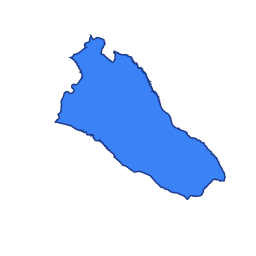 Porumbacu De Jos, Sibiu, Romania (Robinson projection), rotated 326°
{"feature_id": "2599482B59458077641346", "entity_name": "Porumbacu De Jos", "entity_type": "district", "adm_level": 2, "iso_a3": "ROU", "parent_name": "Romania", "parent_adm1": "Sibiu", "projection": "robinson", "projection_center": [24.517, 45.696], "detail": "fine", "context": "isolated", "style": "filled", "palette": "blue", "viewbox_px": 256, "rotation_deg": 326, "n_neighbors": 0, "source": "geoboundaries", "source_scale": "gbopen_adm2", "svg_char_len": 5781}
<svg xmlns="http://www.w3.org/2000/svg" viewBox="0 0 256 256"><g transform="rotate(326 128 128)"><path d="M146.3,222.8L150.1,224.6L152.0,224.6L155.0,222.7L156.0,221.4L158.4,220.9L158.9,220.3L159.8,220.8L163.7,219.6L165.4,219.6L165.9,219.1L167.2,219.3L168.1,218.7L169.6,218.3L171.8,219.3L172.2,220.3L173.0,220.5L174.2,221.6L174.6,223.5L176.2,224.0L177.9,225.5L179.1,224.9L179.4,224.0L180.8,223.4L182.7,218.8L182.7,215.7L183.3,213.5L183.1,212.5L183.5,208.9L184.2,207.1L183.8,206.1L184.4,204.4L184.2,203.1L184.9,202.2L184.1,201.5L184.3,200.7L183.8,198.7L184.1,197.7L183.3,197.3L183.2,196.5L182.7,196.0L183.5,195.4L183.7,194.3L183.0,193.1L182.9,191.1L182.1,189.9L182.6,188.0L182.3,187.2L182.5,186.4L181.9,185.3L182.5,182.7L182.3,182.4L181.8,182.3L180.7,181.0L180.6,180.4L180.8,180.0L180.4,178.1L178.7,177.0L178.6,175.2L177.7,174.3L177.7,173.8L177.0,173.1L175.7,172.4L175.5,171.8L174.9,171.6L174.6,171.0L174.2,169.7L174.3,169.0L173.2,167.6L173.6,166.9L173.3,166.3L174.2,165.4L173.8,165.0L173.9,164.7L173.9,163.7L169.6,157.8L170.2,157.1L170.1,156.7L168.9,156.3L167.7,154.6L166.7,151.7L166.8,148.9L168.2,145.1L169.0,143.5L169.2,140.8L169.1,138.8L167.6,135.4L167.1,133.4L166.9,132.1L166.9,131.0L167.5,126.9L168.2,126.2L168.1,125.7L168.5,124.7L168.5,123.8L169.0,123.6L169.5,122.9L169.3,122.0L169.5,121.8L169.2,121.6L170.0,120.6L170.1,120.3L169.8,120.2L170.0,119.9L169.9,119.7L170.7,119.2L170.4,118.8L170.6,118.4L170.3,118.3L170.4,118.2L170.4,116.6L170.3,116.4L170.6,116.3L170.5,116.0L171.0,115.6L170.9,115.3L171.0,114.8L170.0,114.3L170.2,114.0L169.9,114.0L170.4,113.2L169.9,113.1L170.2,112.8L169.8,112.6L169.6,111.9L169.2,111.9L169.3,111.4L169.6,111.3L169.1,111.0L169.6,111.0L169.4,109.9L170.3,108.7L169.9,108.3L170.1,108.1L169.9,107.6L170.2,107.3L170.2,106.7L170.4,106.6L169.9,105.8L170.2,105.3L170.7,105.1L170.5,104.7L170.8,104.6L170.3,104.4L170.1,103.7L171.1,103.2L170.9,102.7L171.5,102.7L171.2,102.6L171.5,102.4L171.3,102.2L171.3,101.8L171.5,101.8L171.0,101.5L171.9,100.6L171.6,100.2L171.6,99.5L171.4,99.5L171.7,99.3L171.7,98.7L172.0,98.7L171.7,97.8L172.3,96.6L171.9,96.0L172.3,95.9L172.4,95.6L172.2,95.3L172.4,94.0L172.8,93.9L172.5,93.4L172.6,92.9L173.1,92.7L173.1,92.2L172.8,92.0L173.0,91.9L173.1,91.5L172.5,91.1L172.7,90.5L172.4,90.1L172.1,90.2L172.3,89.9L172.0,89.8L172.2,89.0L171.9,88.8L172.3,88.6L172.0,88.3L172.5,88.1L172.3,87.1L172.7,87.0L172.3,86.7L172.1,86.1L172.4,85.5L172.1,85.5L172.1,85.2L171.6,85.2L171.4,85.0L171.6,84.8L170.5,84.5L170.4,84.2L170.2,84.4L170.0,84.1L170.5,83.9L170.6,83.1L170.1,82.6L171.2,81.1L171.2,80.6L170.7,80.1L171.1,79.9L170.9,79.5L171.1,79.3L170.8,79.3L170.9,78.9L170.7,78.6L169.9,78.5L170.0,78.1L169.6,77.9L169.7,77.5L169.5,77.3L169.8,76.9L169.1,76.2L169.7,76.2L169.4,75.5L170.0,75.2L169.6,74.6L169.6,74.3L169.3,74.0L170.0,73.4L169.6,73.2L170.0,72.6L169.9,72.3L170.3,72.1L170.4,71.7L170.2,70.6L169.0,69.9L168.8,69.1L168.1,68.8L168.0,67.7L168.4,67.5L167.7,66.6L167.7,66.3L166.8,66.1L166.2,65.3L163.5,63.6L163.0,62.8L163.0,62.4L162.1,61.4L161.9,60.0L161.6,60.0L160.9,58.8L160.1,58.2L159.7,57.4L159.9,57.0L159.7,56.7L158.2,57.7L158.8,59.1L158.6,60.2L158.3,60.2L155.8,63.6L153.1,65.0L152.0,65.0L151.5,64.4L151.3,62.2L150.4,61.6L150.5,60.8L149.3,56.6L149.4,56.2L148.7,55.0L149.0,53.8L147.0,51.6L150.3,48.0L152.8,47.2L153.5,46.5L155.6,45.4L155.9,45.5L156.0,44.7L156.5,44.2L156.7,42.8L157.3,41.4L155.2,38.0L153.0,35.7L149.1,35.3L148.5,35.0L148.3,34.6L148.7,32.8L148.7,31.5L149.0,30.8L148.8,30.5L148.7,31.0L146.5,32.4L144.2,34.9L140.3,33.9L138.8,34.2L138.7,34.6L138.3,35.2L138.5,35.5L138.0,35.6L137.8,35.3L138.2,36.2L137.6,37.1L138.2,37.8L136.3,37.6L132.7,38.1L127.6,38.1L125.7,37.6L124.3,36.8L121.5,38.3L121.0,37.8L119.6,37.3L120.3,38.8L120.7,40.2L121.3,41.1L121.3,42.8L121.6,43.5L121.3,44.3L122.0,45.5L121.4,46.1L121.3,47.4L121.1,47.6L121.1,48.6L121.5,48.9L121.5,49.5L121.1,49.8L121.2,50.8L120.8,51.3L120.8,52.8L121.3,53.4L121.0,54.2L120.3,54.5L120.5,54.9L120.2,54.9L120.4,55.2L119.9,55.3L120.3,55.6L120.1,55.7L120.3,56.2L120.0,56.8L120.3,57.5L120.0,58.1L118.8,59.2L118.5,59.9L118.0,60.2L118.5,60.4L118.3,60.9L116.3,61.2L110.4,63.4L108.9,63.1L108.4,62.7L108.0,61.7L107.3,61.3L105.7,61.2L104.6,62.0L104.1,63.1L104.1,63.8L104.6,65.5L104.3,66.6L103.9,67.1L102.1,67.8L100.8,67.7L99.0,66.9L98.6,64.6L97.2,63.4L96.1,63.2L94.6,63.6L91.3,66.5L88.4,67.8L87.6,68.5L86.0,71.2L83.7,74.2L82.7,75.5L81.0,77.0L79.9,77.6L78.5,77.4L77.6,77.7L77.0,80.9L76.8,81.2L75.6,81.6L73.3,81.6L71.1,82.6L71.4,82.8L71.8,82.5L73.6,85.0L77.9,89.5L80.6,93.0L82.0,94.1L83.7,98.7L85.7,102.2L86.8,103.2L87.7,103.4L87.6,104.3L88.1,104.4L88.0,104.9L88.6,105.2L89.1,105.1L88.7,106.6L89.6,107.3L90.2,107.3L91.0,108.2L90.8,108.9L90.3,109.2L90.2,109.6L90.8,111.3L92.8,111.9L92.6,112.8L94.6,113.4L94.3,113.9L93.8,114.1L94.9,114.4L95.2,115.0L93.8,116.3L93.9,117.2L94.3,117.9L93.9,118.2L93.8,119.1L94.4,120.8L96.7,121.7L96.8,122.0L96.5,122.1L97.0,122.6L97.3,122.5L97.0,122.9L97.1,123.2L97.9,123.2L98.0,123.5L97.8,123.6L98.0,123.6L98.0,124.0L97.8,124.7L98.0,124.9L97.9,125.2L98.5,125.6L98.8,126.2L98.3,126.8L98.7,127.6L98.5,128.3L99.1,129.5L98.7,130.0L99.0,130.2L98.8,130.4L99.6,131.3L99.6,131.6L99.0,132.4L99.4,132.8L99.0,132.9L98.8,133.2L99.6,134.3L99.9,135.3L99.5,135.7L100.5,136.9L100.2,137.5L100.4,138.6L101.4,140.4L101.2,144.1L100.6,144.1L100.2,144.5L100.8,145.1L101.4,148.4L102.0,149.5L101.9,150.3L102.3,151.2L102.9,156.0L103.4,156.8L104.6,157.5L106.0,161.0L106.4,162.7L108.7,168.2L112.0,169.6L113.8,170.8L119.7,179.7L121.0,189.5L121.7,191.9L121.9,193.8L122.2,194.3L122.2,195.6L124.3,197.6L124.4,198.9L126.5,201.3L127.7,204.6L128.5,205.7L130.3,207.8L131.2,208.1L132.5,209.4L133.9,211.9L134.6,212.5L135.8,215.0L136.8,216.0L136.9,218.5L137.4,220.3L138.7,220.2L141.3,219.1L142.4,219.1L143.2,219.7L144.4,221.5L145.6,222.0L146.3,222.8Z" fill="#3b82f6" stroke="#1e3a8a" stroke-width="1.5"/></g></svg>